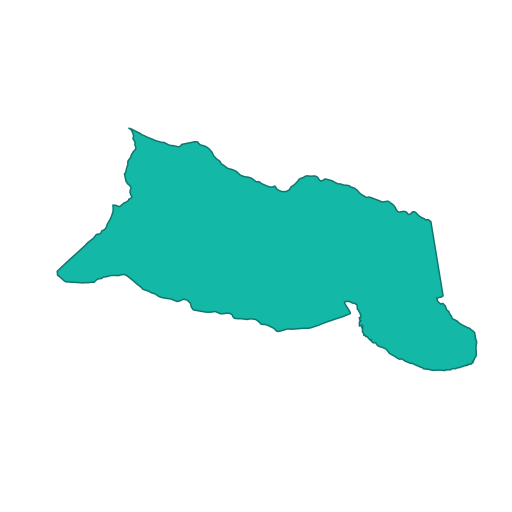 outline of Fuquene, Cundinamarca, Colombia, rotated 78°
{"feature_id": "7082276B76797712336992", "entity_name": "Fuquene", "entity_type": "district", "adm_level": 2, "iso_a3": "COL", "parent_name": "Colombia", "parent_adm1": "Cundinamarca", "projection": "mercator", "projection_center": [-73.763, 5.409], "detail": "fine", "context": "isolated", "style": "filled", "palette": "teal", "viewbox_px": 512, "rotation_deg": 78, "n_neighbors": 0, "source": "geoboundaries", "source_scale": "gbopen_adm2", "svg_char_len": 6038}
<svg xmlns="http://www.w3.org/2000/svg" viewBox="0 0 512 512"><g transform="rotate(78 256 256)"><path d="M333.9,81.3L258.7,77.8L256.2,80.0L256.0,82.2L255.8,82.6L254.4,83.9L252.3,86.6L251.2,87.7L248.9,89.4L246.6,90.7L245.8,91.6L245.5,92.7L245.4,93.8L246.9,96.0L247.2,97.0L247.2,97.8L246.9,98.4L246.1,98.9L244.3,99.7L243.0,102.1L242.9,106.9L242.2,107.9L241.1,108.6L240.1,109.1L237.2,109.8L235.3,110.7L233.7,111.8L230.0,115.3L229.7,116.0L229.5,120.9L228.6,122.5L227.0,124.8L222.5,131.8L221.8,133.4L221.7,135.8L221.3,136.4L219.8,137.8L218.1,139.8L215.6,141.8L212.7,143.3L211.4,144.6L210.4,145.2L208.1,149.0L206.8,150.0L205.7,152.4L204.9,155.4L203.3,157.9L202.4,160.8L200.7,163.2L198.8,165.2L197.5,167.2L195.4,171.4L195.0,172.5L196.0,175.2L196.1,176.3L196.0,177.2L194.2,178.5L192.6,179.0L191.7,179.6L190.8,180.4L189.9,182.0L189.3,186.1L188.7,187.7L188.1,190.0L188.4,191.7L189.1,193.6L189.2,195.1L189.5,196.4L189.9,197.9L191.6,199.7L193.7,202.8L194.6,204.5L195.7,207.4L197.3,208.8L198.4,210.1L199.1,212.9L199.0,214.4L198.4,217.2L197.5,218.7L196.4,220.2L195.0,221.6L194.1,222.0L192.2,222.6L191.7,223.0L191.5,223.4L192.0,225.5L191.8,226.8L191.0,228.8L189.7,230.9L186.3,235.6L184.3,237.2L183.8,238.0L183.7,239.8L183.3,240.5L178.9,244.3L177.3,247.1L176.0,251.0L175.2,252.0L174.4,253.5L173.3,254.8L170.0,257.0L168.2,258.8L166.4,261.5L165.0,264.3L163.9,266.0L160.6,268.7L158.5,270.9L156.0,271.5L152.4,274.7L149.2,276.6L145.5,277.4L142.1,279.2L140.5,280.4L138.7,282.1L138.0,283.1L136.9,284.9L136.1,286.7L135.5,287.7L132.1,289.6L131.4,292.8L131.5,294.9L131.4,305.5L132.2,306.3L132.8,307.2L133.1,308.5L133.0,309.3L130.6,314.7L129.8,317.4L128.0,319.7L126.0,322.1L124.8,325.6L121.9,330.8L120.6,332.5L118.5,335.7L116.4,338.7L114.8,340.6L114.0,342.1L111.3,344.6L109.9,346.6L105.8,351.6L104.3,354.2L105.1,353.1L106.2,352.2L107.6,351.5L108.9,351.2L112.6,350.7L114.3,351.2L115.6,352.0L118.3,351.0L119.9,350.7L121.9,351.3L124.9,351.0L125.6,351.1L126.6,351.7L128.6,354.5L129.4,355.1L130.0,355.8L131.0,356.6L131.5,357.2L133.0,357.8L133.5,358.2L136.2,361.2L136.9,361.7L140.0,362.4L144.3,364.9L147.0,366.0L148.4,367.6L155.5,367.6L156.7,367.3L158.9,366.4L160.8,364.8L161.7,364.6L162.7,363.9L163.3,364.0L165.6,365.4L167.5,366.1L170.9,365.6L172.4,365.0L173.7,366.9L174.1,368.7L175.1,369.2L175.5,369.8L176.3,371.8L176.7,374.1L179.2,378.7L179.1,380.0L177.6,382.1L176.9,383.6L176.6,385.4L179.8,385.8L182.6,386.5L187.0,389.0L190.0,391.2L194.1,395.0L195.6,395.7L197.4,397.0L198.0,397.6L198.7,398.8L199.5,401.8L200.9,402.6L201.7,403.7L201.9,404.3L201.7,407.2L202.1,408.1L204.7,411.1L208.0,417.9L210.3,421.1L222.8,442.5L229.6,453.6L233.5,454.1L235.8,452.1L240.1,449.0L241.7,447.5L245.5,433.6L246.2,431.6L246.6,428.3L247.2,425.9L247.4,422.7L248.0,419.8L246.2,417.0L245.6,415.1L245.9,411.7L245.1,410.3L244.9,409.5L245.2,406.0L244.9,402.8L245.3,399.6L246.5,395.0L246.6,393.5L246.4,392.3L246.4,390.6L246.7,388.8L247.1,388.0L248.8,386.0L255.3,380.7L258.2,378.7L261.9,375.5L265.1,373.4L268.3,368.1L270.1,366.2L272.4,362.1L275.1,359.8L275.7,359.0L276.3,358.2L277.9,354.8L280.4,348.1L284.0,342.8L284.2,341.6L284.1,340.4L283.3,336.4L283.3,335.5L284.4,333.2L285.0,332.5L287.8,330.4L289.3,329.9L292.0,329.9L292.9,329.7L295.3,328.7L296.0,327.8L300.2,317.4L300.9,315.2L301.6,311.2L301.7,308.1L302.0,307.1L304.9,303.1L305.2,302.2L305.5,301.2L305.9,296.5L306.3,294.4L307.1,293.1L308.1,291.9L308.9,291.5L310.5,291.2L311.4,290.8L312.4,290.0L312.7,289.5L313.3,287.7L314.4,283.0L316.1,278.5L316.2,277.7L316.3,274.5L316.6,273.3L318.0,269.6L318.8,268.7L321.0,266.8L323.4,265.5L323.7,265.1L324.2,264.1L325.1,260.8L325.9,259.4L330.0,254.1L331.2,252.9L333.4,251.8L333.9,251.1L334.4,250.2L334.5,247.7L333.9,240.5L335.1,235.9L336.5,225.2L337.6,219.4L337.6,217.4L336.8,209.8L335.7,203.9L334.2,191.6L333.3,183.2L332.0,176.1L331.7,175.7L330.7,175.6L327.2,176.7L322.6,178.5L320.6,179.0L319.3,179.0L319.2,178.5L319.3,176.8L319.7,174.9L320.1,174.0L320.7,173.1L321.9,171.7L322.5,170.4L322.5,169.5L322.9,169.0L323.8,168.6L324.0,168.0L324.7,167.4L326.4,167.5L329.1,167.9L329.2,167.6L329.9,167.4L330.8,166.8L331.8,166.9L332.9,166.3L336.6,165.8L337.9,166.1L337.6,167.3L338.0,167.9L338.6,167.4L339.5,167.8L340.3,167.9L341.0,166.8L341.6,167.1L342.1,168.6L343.0,168.9L344.6,169.0L345.1,169.3L345.8,169.4L346.0,169.2L346.1,168.7L345.8,166.6L346.2,166.1L347.0,166.4L347.7,167.3L348.1,167.5L348.4,167.3L348.5,166.6L351.2,167.5L352.9,167.5L353.4,167.1L354.2,166.8L355.9,167.0L355.9,166.2L356.2,165.7L356.6,165.5L357.4,165.6L358.0,164.1L361.8,161.9L362.1,161.6L361.7,161.1L361.8,160.7L363.4,160.8L365.4,159.3L365.6,157.2L366.1,156.8L366.8,156.7L368.2,156.0L369.6,155.0L370.5,153.7L371.7,151.3L373.7,148.7L374.6,147.8L378.6,145.9L380.2,144.5L382.9,141.2L385.4,138.9L387.1,136.6L386.8,135.7L386.9,135.1L387.1,134.6L387.6,134.0L389.5,132.4L393.1,127.2L393.8,125.0L395.6,122.8L399.2,117.7L400.1,116.1L401.2,115.6L402.4,111.6L404.6,106.9L405.7,100.4L406.4,97.9L407.3,95.3L407.2,94.1L406.7,93.7L406.7,93.2L406.9,92.7L407.4,92.2L407.3,90.9L407.7,90.2L407.6,88.9L407.1,87.5L407.1,86.6L407.7,84.7L407.3,82.1L407.5,79.5L406.9,77.9L407.2,76.8L407.1,76.3L406.5,74.8L407.0,73.8L406.7,73.3L406.9,72.2L406.9,71.8L406.3,71.8L406.0,71.2L406.0,70.9L406.3,70.6L406.2,69.6L406.5,68.4L406.2,67.8L405.9,67.7L405.7,67.5L405.7,66.6L405.6,66.2L405.3,65.9L404.1,66.0L404.1,65.5L403.7,64.9L403.0,64.4L401.7,63.7L400.0,61.8L398.5,61.0L391.6,59.9L389.3,59.3L386.8,58.3L385.2,57.9L383.7,58.5L382.6,58.1L381.8,58.5L381.1,58.6L380.6,58.5L380.3,58.1L379.8,58.1L378.5,58.4L377.2,58.0L376.4,58.1L374.0,59.7L373.2,60.7L371.6,61.7L370.8,62.5L370.3,63.7L369.7,64.5L367.3,67.3L366.6,68.4L363.2,71.8L361.9,72.3L361.5,72.7L361.3,73.3L360.2,74.1L359.9,74.8L357.9,77.1L356.9,77.3L355.9,77.2L354.3,78.0L352.1,78.7L350.4,78.9L348.8,80.4L348.0,80.8L346.6,80.8L346.0,81.1L344.4,81.1L343.7,81.5L343.3,82.1L342.6,82.2L341.4,83.0L341.1,84.1L341.4,84.6L341.4,85.3L340.8,85.8L339.4,86.9L338.6,87.4L337.2,87.8L335.3,87.8L334.8,88.1L334.5,87.7L334.8,86.8L334.6,84.9L334.8,83.7L334.6,83.0L333.9,81.8L333.9,81.3Z" fill="#14b8a6" stroke="#0f766e" stroke-width="1.5"/></g></svg>